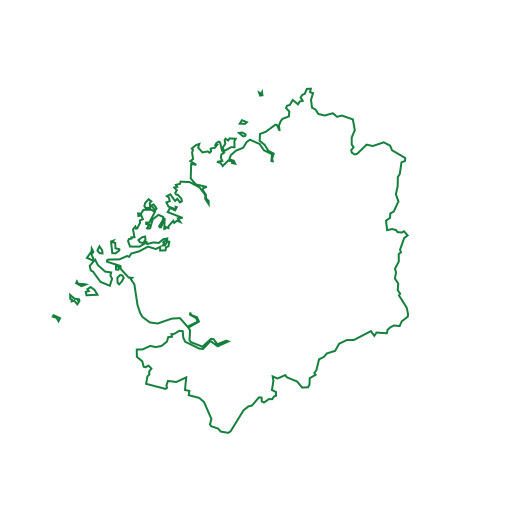 the border of Zhejiang, rotated 203°
{"feature_id": "CHN-1820", "entity_name": "Zhejiang", "entity_type": "Province", "adm_level": 1, "iso_a3": "CHN", "parent_name": "China", "parent_adm1": "", "projection": "natural_earth1", "projection_center": [120.785, 29.18], "detail": "fine", "context": "isolated", "style": "outline", "palette": "green", "viewbox_px": 512, "rotation_deg": 203, "n_neighbors": 0, "source": "natural_earth", "source_scale": "10m", "svg_char_len": 6155}
<svg xmlns="http://www.w3.org/2000/svg" viewBox="0 0 512 512"><g transform="rotate(203 256 256)"><path d="M329.2,123.3L324.0,125.6L318.1,132.0L312.8,132.9L307.8,136.3L304.5,142.5L305.1,147.0L301.8,148.8L303.3,151.1L301.4,151.7L297.3,157.2L294.1,158.2L291.1,152.5L287.7,149.4L271.9,148.6L268.4,149.8L264.7,160.0L256.0,157.9L248.0,166.6L250.3,166.4L257.1,159.7L262.6,162.9L265.1,162.1L269.8,151.6L282.2,151.3L284.3,152.5L287.7,161.9L290.3,163.6L282.9,173.3L286.5,176.6L292.5,176.4L294.5,178.2L293.8,176.2L286.9,175.4L283.9,172.9L291.5,164.2L301.7,169.1L309.0,165.5L320.2,155.4L327.7,153.4L336.6,155.5L340.4,158.3L346.0,164.7L356.9,182.4L362.3,185.9L361.5,187.5L364.8,186.4L375.4,191.2L376.9,193.9L390.9,192.5L391.4,194.2L389.9,195.3L380.4,199.5L374.6,205.7L372.5,205.6L371.7,209.6L365.5,214.5L359.1,222.4L350.9,223.3L347.8,227.0L346.4,223.6L341.5,225.8L342.3,228.8L340.4,230.7L341.4,235.3L343.1,234.9L344.1,230.1L345.9,229.3L345.0,231.8L346.6,232.1L346.4,233.4L344.0,235.6L344.5,237.5L347.9,235.2L350.6,230.1L355.9,228.3L360.8,224.5L362.3,226.3L364.6,225.2L364.2,228.0L365.7,230.6L368.1,228.8L370.5,224.7L368.2,223.3L363.3,224.0L366.9,219.1L375.6,215.5L379.6,219.7L379.6,221.9L377.4,223.4L378.0,224.5L375.2,225.8L379.6,232.4L378.6,236.0L377.1,234.3L376.1,235.1L375.7,241.2L376.8,243.4L374.5,245.6L377.4,248.6L379.9,246.8L381.1,249.2L378.4,249.9L377.6,254.6L370.2,257.7L366.3,257.0L367.3,245.0L370.2,243.8L369.5,242.5L366.4,243.0L367.2,239.0L366.3,238.9L364.3,240.2L365.4,249.5L361.8,255.8L356.6,255.7L355.7,252.7L356.8,245.5L355.7,244.9L354.6,245.3L354.9,255.3L351.0,245.0L350.1,245.8L351.0,247.4L347.5,247.4L348.2,249.1L345.9,256.1L344.2,254.5L342.5,257.7L339.0,257.7L342.5,260.1L338.5,262.4L354.4,261.9L353.9,266.7L348.3,266.4L348.0,270.0L349.2,269.9L348.5,268.5L349.8,267.5L355.9,267.3L359.4,270.3L356.8,272.8L359.0,275.7L361.4,276.3L359.0,279.3L352.0,275.0L350.8,277.9L346.9,275.6L345.1,278.1L346.0,277.5L346.9,279.5L351.5,281.7L353.7,281.4L355.0,282.6L354.6,285.6L358.0,287.1L355.5,288.9L357.5,290.2L354.2,292.7L354.5,295.0L345.9,298.1L334.9,297.1L326.7,292.5L325.0,288.7L319.8,285.3L321.1,288.2L324.4,289.4L326.2,292.9L331.2,296.1L331.1,298.0L328.2,300.3L339.5,298.4L346.4,301.9L351.6,315.3L346.6,316.6L353.5,317.7L351.8,320.7L355.3,326.3L355.5,329.1L357.1,329.8L354.6,334.6L352.0,337.0L351.6,333.2L345.8,330.4L341.1,333.5L339.2,332.8L338.2,334.6L339.7,337.1L336.0,339.8L335.2,343.1L336.7,342.4L336.6,344.4L335.0,346.7L333.5,346.6L328.5,339.8L325.8,338.6L327.6,335.9L326.7,332.7L324.2,330.4L328.7,327.4L325.0,327.9L321.8,325.8L319.0,332.8L314.7,334.0L314.4,332.2L311.3,332.8L313.7,335.0L318.3,334.6L318.6,338.9L315.7,345.0L310.2,350.5L309.1,357.3L307.0,360.7L296.4,360.5L290.0,356.4L281.0,355.9L278.9,349.4L277.6,349.7L279.1,351.7L279.7,357.2L285.9,357.7L291.4,361.7L297.6,363.4L300.0,369.9L295.6,374.1L289.4,384.5L288.1,384.8L283.1,380.4L285.8,384.9L286.0,389.5L285.3,392.5L280.3,397.3L281.8,402.0L286.1,403.9L286.2,406.4L283.9,408.3L283.1,414.0L276.6,412.0L276.1,415.3L273.6,417.1L276.8,419.2L276.4,422.3L274.5,424.3L274.5,429.7L270.9,431.4L270.3,428.0L267.5,427.9L267.2,429.0L266.4,421.3L262.4,414.4L258.6,414.1L254.0,411.1L247.6,412.2L241.1,417.4L235.7,415.8L231.9,418.8L220.2,419.6L214.2,410.4L214.2,402.5L211.4,395.9L208.7,394.3L209.7,390.6L208.2,388.6L204.8,388.0L202.8,389.6L197.7,401.7L191.4,402.9L182.9,410.5L175.7,410.0L172.1,406.5L156.9,404.5L156.0,401.7L158.7,399.1L155.7,387.7L156.3,384.0L152.9,375.8L151.4,367.5L146.2,361.9L146.6,350.7L149.0,347.6L147.5,343.5L150.1,339.3L145.4,331.0L141.2,334.0L137.3,334.6L135.0,333.3L130.9,334.6L129.5,336.6L124.5,334.2L126.6,330.4L125.9,318.2L124.0,316.0L125.4,313.7L122.4,306.6L123.1,298.6L120.8,295.8L119.3,289.5L114.3,286.2L112.1,279.8L108.7,277.7L108.9,275.5L97.2,267.4L93.3,261.9L92.6,259.4L96.3,252.8L96.4,247.6L101.8,246.0L104.5,242.8L106.0,239.4L105.4,236.0L115.2,232.6L115.9,228.7L120.9,231.7L133.1,216.9L139.7,214.0L145.2,207.7L146.1,199.6L152.7,194.0L154.1,189.6L157.6,185.5L155.8,174.5L156.6,171.1L154.7,170.0L158.8,164.5L156.5,158.4L156.8,155.5L162.1,152.9L169.0,156.5L180.1,156.4L182.5,157.8L188.4,151.6L193.6,151.7L191.2,147.8L188.9,138.8L184.6,138.7L182.9,135.2L184.5,133.8L185.1,130.6L188.2,129.3L191.4,124.3L193.8,124.3L195.5,127.8L198.0,127.1L201.3,116.7L204.2,114.6L207.2,109.0L210.9,84.6L212.6,82.3L219.9,80.6L223.4,82.3L231.0,81.8L232.6,83.1L233.4,88.6L246.7,101.2L252.8,103.2L263.5,101.6L264.6,105.8L269.0,104.9L272.8,117.0L280.1,108.9L288.2,106.6L287.9,102.0L286.4,99.8L287.3,98.3L307.2,95.4L308.9,102.7L307.9,105.3L309.2,107.9L308.3,111.5L312.1,113.1L314.3,110.4L316.2,110.2L319.5,114.6L326.3,116.7L329.2,123.3ZM405.2,181.9L402.7,189.8L398.1,185.9L388.7,182.7L382.9,184.3L382.4,181.2L379.6,178.8L378.9,171.5L389.0,171.4L400.0,178.0L402.4,178.1L405.2,181.9ZM328.1,347.3L330.2,350.6L329.8,352.1L326.8,351.4L326.3,353.9L320.5,356.0L320.8,353.3L318.3,347.7L321.5,346.4L326.2,340.3L329.0,342.6L328.1,347.3ZM398.7,156.5L396.2,158.4L398.2,159.6L396.1,162.8L391.4,161.7L386.8,158.4L396.7,153.6L398.7,156.5ZM389.4,202.5L395.1,212.7L393.4,214.3L393.9,212.5L390.8,213.1L388.3,208.1L384.5,208.9L384.0,207.6L386.5,203.4L389.4,202.5ZM378.7,261.3L377.1,266.3L373.7,265.4L374.6,263.6L372.2,258.9L376.5,257.2L378.3,258.4L378.7,261.3ZM373.0,177.3L375.1,181.9L373.6,185.4L371.5,185.9L369.2,184.2L369.6,180.1L370.9,176.4L373.0,177.3ZM410.9,188.2L409.2,195.9L410.1,198.6L407.3,196.2L408.1,193.2L405.0,190.3L405.0,188.1L410.9,188.2ZM410.2,144.0L411.9,147.6L406.5,145.8L402.0,147.0L401.1,145.8L402.1,145.2L401.1,144.4L401.6,141.7L405.7,143.8L408.0,142.2L408.4,143.9L410.2,144.0ZM404.1,199.0L403.9,203.7L399.7,201.0L398.3,198.4L401.2,197.5L404.1,199.0ZM408.9,160.9L403.5,162.9L401.5,163.3L404.8,160.1L410.9,160.7L410.9,162.6L408.9,160.9ZM366.6,258.6L372.2,261.6L370.4,263.5L366.1,260.9L366.6,258.6ZM313.1,363.9L312.8,362.4L314.6,361.1L319.7,362.6L317.0,364.3L313.1,363.9ZM419.4,120.8L419.1,122.4L412.1,122.2L412.3,118.8L415.4,121.1L419.4,120.8ZM322.7,371.5L322.0,375.5L316.7,375.6L317.8,373.3L322.7,371.5ZM379.6,188.9L381.0,192.1L377.7,192.4L377.3,189.5L379.6,188.9ZM314.9,405.3L317.1,407.7L314.4,407.4L314.4,409.0L312.9,406.5L314.9,405.3Z" fill="none" stroke="#15803d" stroke-width="2"/></g></svg>